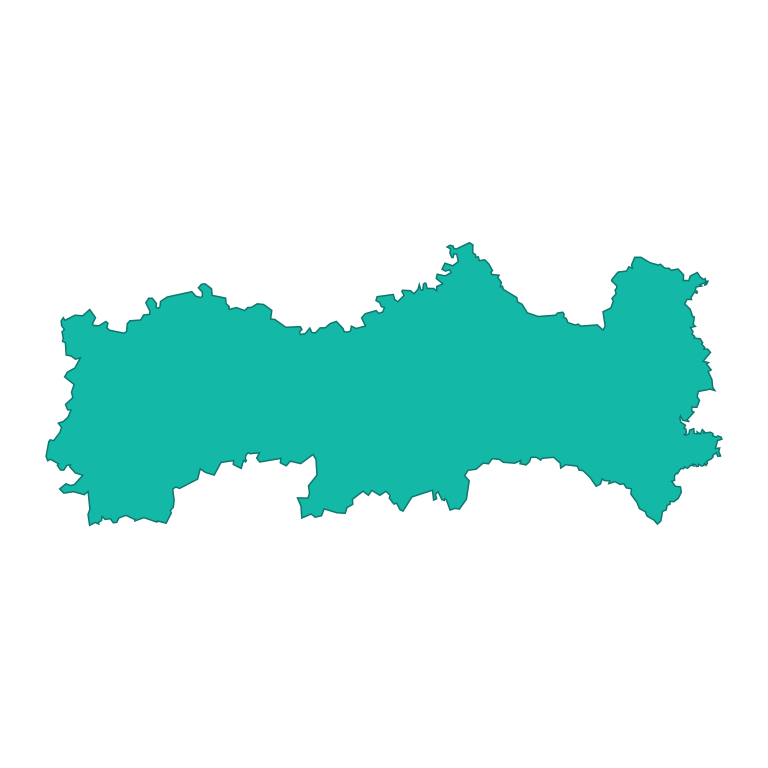 outline of Joe Gqabi, Eastern Cape, South Africa
{"feature_id": "47623444B23123045321242", "entity_name": "Joe Gqabi", "entity_type": "district", "adm_level": 2, "iso_a3": "ZAF", "parent_name": "South Africa", "parent_adm1": "Eastern Cape", "projection": "robinson", "projection_center": [27.656, -30.899], "detail": "fine", "context": "isolated", "style": "filled", "palette": "teal", "viewbox_px": 768, "rotation_deg": 0, "n_neighbors": 0, "source": "geoboundaries", "source_scale": "gbopen_adm2", "svg_char_len": 6057}
<svg xmlns="http://www.w3.org/2000/svg" viewBox="0 0 768 768"><path d="M634.8,257.3L631.6,264.7L632.4,268.1L628.8,266.8L626.6,271.0L618.0,272.1L611.9,279.5L611.6,280.8L616.6,285.7L616.8,288.1L615.1,289.9L616.1,293.8L612.0,298.4L613.3,301.4L610.8,308.0L603.0,311.8L605.2,326.1L603.1,330.1L597.2,324.9L580.7,326.1L578.2,324.1L575.3,325.1L567.8,322.5L566.3,318.5L563.6,317.2L564.1,314.1L562.7,312.2L557.4,313.1L555.7,315.2L538.2,316.5L527.3,312.8L522.1,304.3L517.6,301.9L516.8,297.6L503.4,289.4L502.4,286.2L500.3,286.7L501.4,282.4L497.8,277.5L499.1,275.2L491.7,274.5L491.1,272.0L492.5,270.6L488.8,263.9L484.7,259.8L479.3,260.7L478.3,256.9L475.8,257.2L475.5,254.7L472.7,252.8L472.9,244.9L469.5,242.7L456.1,249.1L454.0,248.4L453.0,246.0L449.9,245.3L447.1,247.0L450.6,248.9L449.9,252.9L451.8,257.5L453.1,257.5L454.1,253.6L456.8,254.3L458.3,261.6L452.8,265.8L445.0,263.2L442.0,269.2L445.4,271.1L449.7,269.8L451.1,272.6L445.2,275.9L437.2,274.2L436.3,278.5L442.9,283.8L436.8,286.5L436.6,290.7L433.7,288.5L427.1,288.4L426.0,283.4L424.8,283.1L423.5,284.1L422.8,290.1L420.7,289.8L419.3,284.6L417.9,289.5L413.9,293.7L410.5,290.7L402.5,290.2L401.9,291.4L404.1,295.5L397.6,301.8L394.6,299.3L393.3,294.5L377.1,296.7L376.0,300.6L379.6,302.5L381.3,306.7L384.4,307.4L382.8,312.0L378.8,313.4L376.1,310.6L365.3,313.7L361.6,317.8L365.5,326.0L356.2,328.5L351.3,326.2L350.7,330.7L348.2,332.1L344.2,331.8L343.1,328.6L336.3,321.4L330.3,323.5L325.3,327.8L320.1,327.9L315.5,332.8L311.9,332.6L309.8,328.1L305.3,333.6L300.4,334.5L299.5,331.9L301.9,329.4L300.3,326.7L285.8,327.3L274.9,319.5L270.6,319.0L271.8,310.4L263.6,304.5L257.2,303.8L251.4,307.4L247.8,307.5L244.6,310.6L236.5,307.6L229.1,309.4L229.2,306.6L226.1,303.7L225.6,298.1L212.2,295.4L211.5,288.7L205.0,283.8L201.5,284.2L198.4,287.8L202.2,292.0L202.4,296.4L200.9,297.5L196.0,296.3L191.8,291.7L167.2,297.0L160.5,301.5L160.0,306.9L157.9,308.3L156.2,307.4L156.4,303.3L152.2,298.2L148.6,298.3L145.8,302.8L149.9,311.1L149.8,314.3L143.6,315.0L140.7,320.0L129.8,320.8L127.3,323.7L126.6,331.5L124.0,333.2L109.5,330.2L106.8,327.8L107.9,323.2L105.8,321.5L99.0,325.8L93.3,325.4L92.4,323.9L95.5,317.7L89.7,309.5L82.7,315.8L75.2,315.2L64.9,320.3L63.3,317.7L61.2,320.8L61.6,325.7L64.4,329.4L62.0,331.9L63.3,338.3L62.5,341.3L65.4,342.8L66.2,355.0L71.3,356.1L75.4,359.2L80.4,357.9L74.8,368.1L67.4,372.1L64.6,376.9L74.1,384.5L71.5,392.1L72.8,397.6L65.5,404.4L67.6,409.8L71.0,410.1L68.0,417.2L63.3,421.5L58.3,423.1L61.5,427.4L59.9,432.4L53.7,440.7L50.1,439.8L48.8,441.7L46.1,456.2L47.8,460.8L50.4,459.2L58.7,463.9L57.3,465.2L60.5,470.0L63.8,470.1L66.8,465.5L70.4,464.8L69.8,466.9L75.3,472.9L82.8,475.3L74.3,484.6L70.6,485.5L65.9,483.8L59.7,488.9L63.8,493.1L73.6,491.7L84.3,494.7L88.1,491.4L89.9,509.2L88.0,514.5L89.6,525.3L95.2,522.5L98.8,524.0L98.4,522.6L101.5,520.4L102.1,516.5L105.1,519.4L110.3,518.7L113.3,522.8L116.8,522.3L118.8,518.0L126.0,515.3L135.2,519.7L134.9,520.9L143.9,517.6L156.9,522.1L157.4,521.0L166.1,523.2L171.2,513.2L170.5,510.4L173.3,507.2L174.1,500.3L172.7,489.0L175.8,487.0L179.6,488.4L197.6,479.1L200.2,468.9L205.7,472.5L214.2,475.1L221.0,462.4L233.6,460.6L233.3,464.5L241.2,468.4L243.5,460.5L245.6,461.9L246.4,460.4L245.3,458.8L245.7,455.6L248.2,452.6L249.9,453.7L259.5,452.8L256.7,458.1L259.7,462.0L281.0,458.4L280.3,462.8L286.3,465.8L290.2,461.2L300.7,463.6L313.0,454.5L316.0,459.4L317.0,475.1L308.5,485.7L309.5,493.5L307.9,498.1L297.5,497.9L301.0,506.1L301.8,518.0L311.2,514.0L315.2,517.2L321.5,515.8L324.1,508.9L336.7,512.7L345.2,513.3L347.0,507.6L352.8,504.3L352.4,499.4L363.0,491.2L368.4,495.3L371.8,490.4L379.8,495.3L386.0,491.3L390.1,495.4L389.3,498.1L393.9,504.1L396.6,503.2L400.1,509.8L403.0,511.1L412.0,496.9L432.5,490.2L433.6,500.1L436.6,498.7L435.5,494.1L438.1,491.8L441.9,499.7L444.3,500.4L444.7,498.8L446.4,499.9L450.1,510.1L454.8,508.4L459.4,509.1L466.4,499.3L469.2,480.8L464.6,475.7L468.1,470.3L476.1,469.2L483.3,463.0L488.5,463.8L492.2,458.7L499.4,459.4L503.3,462.3L514.7,463.2L520.8,460.5L520.0,463.7L526.1,464.9L529.5,461.6L530.9,457.4L536.2,457.2L540.7,460.1L542.1,458.3L553.7,457.3L560.2,463.1L560.7,468.1L565.8,464.7L577.4,466.2L579.1,470.1L583.1,470.7L590.1,477.5L596.2,486.3L600.4,484.0L602.3,478.8L604.4,480.6L609.6,480.7L608.8,483.6L615.0,481.6L620.0,484.4L623.7,483.7L626.4,487.9L631.4,488.8L630.9,494.2L636.9,502.3L639.5,508.7L645.2,511.6L647.1,516.1L654.0,520.1L657.4,524.1L660.8,521.1L662.5,511.5L666.3,509.8L667.0,505.4L670.1,504.1L670.0,501.4L673.8,501.7L678.2,498.5L681.3,492.3L680.5,486.9L675.4,486.3L671.7,481.4L674.6,480.3L674.4,475.9L676.2,473.3L677.5,473.7L680.6,468.7L683.7,468.6L684.4,467.0L687.5,468.3L690.9,465.2L693.8,465.9L692.8,464.2L695.5,464.7L696.4,466.5L698.3,466.3L698.4,464.2L701.4,466.0L703.8,465.5L704.5,463.5L706.0,465.4L707.5,463.1L706.4,461.6L711.4,458.7L713.1,456.8L712.8,455.2L716.3,452.8L717.9,456.4L720.6,456.0L718.7,451.5L719.7,448.0L715.4,448.5L717.5,440.6L721.9,439.2L721.2,437.2L717.8,435.9L716.3,437.2L712.6,435.6L713.1,433.8L710.5,432.2L703.7,433.1L704.3,431.6L702.3,429.6L700.4,434.0L697.1,431.9L697.5,433.8L694.1,433.5L693.8,428.7L689.7,430.1L688.9,433.9L685.3,435.4L684.4,434.5L686.4,432.9L685.9,429.1L684.2,428.5L685.4,425.2L680.8,422.2L679.8,417.9L680.4,415.9L682.7,420.2L689.4,421.6L686.8,420.0L694.0,412.1L691.6,410.7L691.9,407.1L696.9,407.3L699.5,400.3L697.1,396.7L698.3,391.5L710.0,389.2L714.8,390.5L712.7,387.5L711.9,379.5L708.1,371.5L711.2,369.9L706.4,363.9L708.5,362.6L703.1,361.3L710.5,352.4L707.6,349.1L703.8,349.2L704.8,347.6L701.7,344.2L702.7,342.8L700.2,338.7L694.1,338.1L694.7,336.4L692.0,334.1L693.0,331.6L690.4,327.5L695.4,326.4L693.3,324.4L694.3,317.0L692.6,316.4L690.2,309.2L684.7,303.9L687.0,299.4L691.5,299.5L691.0,297.6L694.4,292.2L696.9,293.2L697.4,291.6L695.2,290.3L696.2,286.9L701.7,286.0L699.9,284.7L707.1,281.8L704.1,285.4L706.5,284.4L708.0,281.2L705.7,281.1L705.2,278.6L703.8,279.6L699.9,276.7L697.3,272.5L690.2,276.1L688.8,280.6L683.3,280.4L683.6,274.9L678.1,269.0L671.0,270.3L669.1,268.3L664.7,268.2L660.5,264.2L658.7,265.1L650.1,262.8L641.0,257.3L634.8,257.3Z" fill="#14b8a6" stroke="#0f766e" stroke-width="1.5"/></svg>